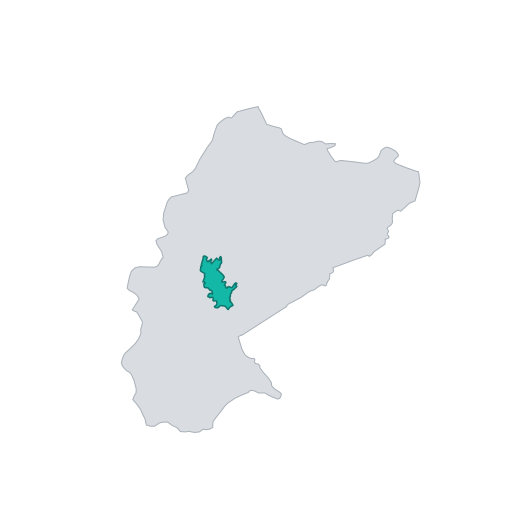 location of Sanguie, Sanguié, Burkina Faso, rotated 328°
{"feature_id": "67063806B51289395143870", "entity_name": "Sanguie", "entity_type": "district", "adm_level": 2, "iso_a3": "BFA", "parent_name": "Burkina Faso", "parent_adm1": "Sanguié", "projection": "albers", "projection_center": [-2.631, 12.224], "detail": "fine", "context": "in_parent", "style": "filled", "palette": "teal", "viewbox_px": 512, "rotation_deg": 328, "n_neighbors": 0, "source": "geoboundaries", "source_scale": "gbopen_adm2", "svg_char_len": 8400}
<svg xmlns="http://www.w3.org/2000/svg" viewBox="0 0 512 512"><g transform="rotate(328 256 256)"><path d="M370.5,314.3L358.6,314.9L354.3,316.3L351.7,316.3L351.6,315.2L351.3,314.6L336.2,311.1L325.7,309.0L315.0,306.7L314.4,309.0L312.9,310.5L310.6,310.6L309.0,310.2L308.0,312.0L306.2,314.3L303.7,315.4L301.3,316.9L300.0,318.1L299.0,318.2L296.5,315.2L293.3,315.0L287.2,315.5L284.5,314.7L280.8,314.4L272.0,315.0L257.9,313.9L255.6,314.5L255.0,315.1L241.1,315.2L225.8,315.4L213.0,315.6L201.8,315.7L201.8,315.2L198.2,315.1L197.8,316.1L194.6,327.8L194.3,334.2L196.0,338.2L197.9,340.7L200.0,341.7L200.2,343.2L198.5,345.0L198.6,346.9L200.6,348.8L201.1,350.9L200.1,353.0L200.4,358.2L201.9,366.3L201.9,371.6L200.5,374.0L201.1,378.1L203.9,384.0L204.4,386.4L203.4,387.6L201.1,389.1L198.8,389.0L196.1,385.5L194.9,383.9L192.7,380.4L190.8,376.7L188.3,375.2L185.8,373.7L182.8,369.1L179.9,366.9L176.9,367.6L172.4,366.7L163.3,365.5L153.6,365.8L149.6,366.9L145.6,368.5L135.5,372.1L131.5,373.9L128.4,378.5L125.0,378.3L121.6,376.8L119.4,374.8L114.8,375.2L110.4,373.1L106.1,369.1L103.0,367.8L98.9,364.9L97.9,359.4L95.3,355.5L93.1,350.2L89.6,347.8L85.6,346.4L80.0,346.7L76.4,344.5L73.5,341.3L74.3,338.6L75.7,334.8L75.8,331.1L76.8,325.1L76.3,317.6L75.4,312.4L78.4,310.2L82.0,308.3L84.2,304.7L86.6,296.8L87.6,289.9L86.9,287.3L85.8,285.3L84.9,282.3L84.4,278.7L85.1,275.5L87.8,272.6L91.1,270.2L93.5,269.0L99.8,267.9L107.7,266.1L112.3,264.1L115.6,262.0L117.5,260.4L119.4,257.0L122.4,254.5L124.8,251.8L125.2,244.5L125.2,240.4L123.5,238.1L122.5,236.1L134.2,230.5L134.3,226.4L132.7,221.9L130.4,218.3L129.6,215.1L132.9,211.5L135.7,208.7L137.8,206.4L142.4,202.8L147.2,201.9L151.4,203.3L164.1,211.8L166.3,212.3L169.0,211.7L172.3,209.5L176.7,207.7L178.3,202.1L178.2,193.8L179.2,190.0L181.5,189.3L188.8,190.9L190.7,191.0L192.8,190.5L194.3,189.0L194.3,186.3L193.9,184.0L196.3,176.2L200.7,170.5L209.4,163.2L212.2,161.8L215.3,161.0L231.0,166.0L233.6,164.8L237.4,152.4L241.6,151.2L246.8,151.0L250.1,150.0L251.8,149.1L259.2,144.4L272.3,138.0L279.4,135.2L280.8,134.2L285.8,129.6L292.5,124.4L296.8,123.3L302.7,122.9L306.4,123.7L307.4,125.2L308.6,125.9L316.3,123.7L327.4,127.1L337.0,130.4L336.4,132.6L336.4,136.5L335.7,142.6L334.8,149.9L338.8,154.6L343.6,159.6L344.9,161.6L343.7,166.6L344.6,169.6L347.2,174.5L351.5,180.6L355.9,187.0L359.0,187.8L361.9,188.3L363.7,189.4L366.2,190.5L368.8,191.2L371.0,192.5L372.5,193.9L374.4,197.8L379.3,200.4L382.8,202.9L381.5,204.2L377.1,203.8L373.1,202.7L372.6,204.6L372.5,211.9L373.2,217.9L374.2,218.7L378.3,219.7L388.1,227.4L397.0,234.7L400.0,236.6L404.9,237.3L410.3,237.5L412.7,236.8L417.9,232.9L420.7,232.5L423.3,232.5L424.7,233.1L427.3,236.1L429.8,240.7L430.5,244.1L430.3,245.9L429.5,246.6L425.2,247.6L423.3,248.3L422.9,249.3L423.6,251.6L424.5,253.0L429.3,259.6L436.3,268.4L438.5,270.7L437.3,273.4L434.0,280.5L431.4,283.4L420.0,293.6L414.4,292.5L402.5,294.7L400.7,292.4L397.9,292.2L394.5,292.6L393.3,293.5L392.9,294.5L391.7,295.9L389.6,299.8L387.9,300.9L385.8,301.5L383.2,301.4L381.7,302.0L381.7,303.9L381.3,305.6L379.5,306.5L378.8,308.4L379.0,310.3L377.9,311.1L375.7,310.7L374.4,310.2L373.1,312.6L371.6,314.3L370.5,314.3Z" fill="#d9dde1" stroke="#a8b0b8" stroke-width="1"/><path d="M204.0,286.6L204.7,286.4L205.4,286.0L206.7,285.4L207.0,285.4L208.3,285.6L208.7,285.5L210.0,285.7L210.3,285.6L210.4,285.4L210.4,284.7L210.4,283.9L210.5,283.5L210.5,282.9L210.5,282.4L210.3,282.0L210.3,281.5L210.3,281.3L209.9,280.7L209.8,280.4L209.9,280.2L210.2,280.1L210.8,279.9L211.0,279.8L211.0,279.6L211.1,279.3L211.2,278.9L211.2,277.9L211.5,277.0L211.6,276.7L211.6,276.8L211.8,276.9L211.9,277.0L212.1,277.0L212.3,277.1L212.5,276.9L212.8,276.7L213.1,276.4L213.2,276.2L213.5,275.7L214.1,274.9L214.4,274.6L215.5,274.3L216.0,274.0L216.3,273.7L216.6,273.1L217.0,272.7L217.6,272.6L218.9,272.7L219.2,272.6L219.5,272.6L221.6,272.1L222.1,272.1L222.3,272.0L222.6,272.0L222.9,271.8L223.5,271.7L223.6,271.3L223.6,271.1L223.5,270.8L223.3,270.3L223.3,270.1L223.6,269.8L224.4,269.5L224.8,269.4L225.1,269.2L225.1,268.9L224.6,268.1L224.3,268.0L223.7,268.1L222.8,268.4L221.5,268.9L219.4,269.9L219.1,270.0L218.9,269.9L218.6,269.8L217.9,269.1L217.2,268.2L216.9,267.7L216.8,267.8L216.5,267.9L216.3,267.8L216.1,267.7L215.7,267.3L215.4,267.4L214.8,267.7L214.6,267.8L214.4,267.8L214.3,267.6L214.0,267.2L213.7,267.0L213.7,266.9L213.8,266.6L213.9,266.2L214.2,265.5L214.2,265.2L214.1,264.8L213.8,264.3L213.7,264.1L213.8,263.9L214.5,263.7L214.9,263.3L216.2,262.6L216.4,262.5L216.5,262.4L216.5,262.2L216.4,261.6L216.3,261.4L216.2,261.3L214.1,260.6L213.5,260.4L213.4,260.3L213.5,259.6L213.6,259.4L214.0,259.1L216.2,258.1L216.5,257.8L217.8,257.2L217.9,256.9L217.9,256.2L218.1,255.5L217.9,254.7L217.5,252.7L217.1,251.5L216.8,250.4L216.5,249.0L216.3,248.5L216.3,248.2L216.1,247.9L216.0,247.7L215.6,247.5L215.6,247.2L215.7,246.6L217.4,246.7L217.7,246.6L217.9,246.6L218.3,246.6L218.7,246.6L218.9,246.6L219.1,246.4L219.7,245.7L220.9,244.6L221.4,244.2L221.9,244.0L222.8,243.7L223.1,243.5L223.3,243.4L224.5,241.2L225.1,240.0L225.2,239.7L225.3,239.5L225.5,239.4L225.5,239.2L225.4,239.1L225.4,238.9L225.5,238.7L225.7,238.3L225.8,238.0L225.8,237.9L225.7,237.8L224.8,237.9L223.9,238.4L223.9,238.5L223.9,239.2L224.0,239.6L223.8,239.9L223.4,239.9L222.7,240.2L222.4,240.0L222.2,239.6L222.0,239.0L222.0,238.7L221.9,238.3L221.8,238.1L221.6,237.4L221.4,237.0L217.6,238.1L214.3,239.0L214.3,238.8L214.3,238.2L214.3,237.6L214.3,236.5L214.6,236.4L214.8,236.5L215.7,236.4L216.0,236.2L216.3,235.9L216.4,235.6L216.5,235.1L216.4,234.9L215.3,235.0L214.8,235.1L213.8,235.1L213.5,235.2L213.2,235.1L212.7,235.3L212.4,235.4L212.3,235.5L212.2,235.4L211.9,234.7L211.9,234.2L212.0,233.3L212.0,232.6L212.2,232.4L213.5,231.8L213.9,231.5L213.3,230.2L213.1,229.8L213.0,229.3L212.5,228.8L212.2,228.7L211.8,228.6L211.5,228.5L211.4,228.4L211.2,228.4L211.0,228.5L210.9,228.6L210.6,229.0L210.4,229.3L210.5,229.4L210.4,229.6L210.2,229.8L207.0,232.6L206.8,232.9L206.6,233.0L206.2,233.3L206.0,233.6L205.8,233.8L205.3,234.1L205.2,234.2L205.1,234.3L205.0,234.5L204.9,234.9L204.9,235.2L204.8,235.4L204.8,235.5L204.6,235.4L204.4,235.4L204.1,235.6L203.5,235.7L203.5,235.8L203.4,235.9L203.4,236.0L203.2,236.4L203.1,236.6L202.8,236.9L202.7,237.1L202.2,237.5L201.8,237.8L201.7,237.9L201.4,238.4L201.1,239.1L201.3,239.9L201.8,241.0L202.3,241.9L202.9,243.0L203.2,243.7L203.2,244.0L202.6,244.5L202.1,245.0L201.9,245.2L201.8,245.4L201.8,245.6L201.8,245.9L201.8,246.2L201.3,246.5L201.0,246.9L200.8,247.2L200.7,247.2L200.4,247.5L198.8,248.7L197.4,249.8L197.6,249.9L197.9,249.9L198.1,250.0L198.5,250.8L198.5,251.1L198.6,251.4L198.6,251.6L198.5,251.8L198.5,252.0L198.4,252.0L198.2,252.1L197.8,251.9L197.7,251.9L197.3,251.9L197.3,252.0L197.2,252.2L196.7,252.6L196.4,253.0L196.3,253.3L196.0,253.8L196.0,254.1L195.7,255.1L195.8,255.4L196.0,255.7L196.2,256.0L196.5,256.2L196.9,256.4L197.1,256.5L197.3,256.6L197.7,257.1L197.8,257.1L198.2,257.5L198.3,257.8L198.5,258.1L198.5,258.3L198.5,258.7L198.5,258.8L198.6,259.1L198.8,259.6L198.9,259.8L198.8,260.4L198.9,260.8L199.2,260.9L199.6,261.2L200.0,262.0L200.1,262.3L200.0,262.7L199.8,263.1L199.6,263.3L199.5,263.6L199.4,264.7L199.3,264.9L199.2,264.9L199.0,265.0L198.9,265.1L198.5,264.6L198.4,264.5L198.4,264.4L198.1,264.3L198.1,264.0L197.7,263.6L197.4,263.5L196.7,263.2L196.3,263.2L196.1,263.3L195.8,263.4L195.2,263.6L194.9,263.7L194.5,264.0L194.3,264.2L193.9,264.5L193.7,265.0L193.8,265.3L194.0,265.5L194.4,265.9L194.5,265.9L194.6,266.3L194.7,266.7L194.8,266.9L195.1,267.0L195.3,267.1L195.5,267.3L195.8,267.4L196.0,267.4L196.2,267.5L196.4,267.5L196.7,267.6L197.1,267.9L197.1,268.0L197.3,268.3L197.4,268.5L197.5,268.6L197.4,269.3L196.7,269.9L196.1,270.6L196.0,270.9L196.0,271.2L196.1,271.5L196.4,271.8L196.5,271.8L197.0,271.9L197.3,272.2L197.6,272.4L197.8,272.5L198.2,272.9L198.4,273.0L198.5,273.3L198.6,273.5L198.6,273.9L198.5,274.0L198.0,274.8L197.9,274.9L197.8,275.6L197.6,275.9L197.4,276.0L197.0,276.2L196.7,276.3L196.2,276.6L195.9,276.8L195.5,276.8L194.8,276.7L194.3,276.7L194.1,276.7L194.0,276.8L194.0,277.4L194.1,278.1L194.4,278.4L194.8,278.7L195.6,279.3L196.2,279.6L196.4,279.7L196.5,279.7L196.8,279.5L197.1,279.6L197.8,279.5L198.0,279.4L198.3,279.4L198.9,279.3L199.2,279.2L199.5,279.2L199.8,279.3L200.1,279.5L200.5,279.8L200.7,280.1L201.1,280.3L201.4,280.6L201.6,280.7L202.4,281.5L202.9,281.9L203.3,282.5L203.4,283.0L203.4,283.3L203.6,284.9L203.7,285.4L203.8,286.0L203.8,286.3L203.9,286.5L204.0,286.6Z" fill="#14b8a6" stroke="#0f766e" stroke-width="1.5"/></g></svg>